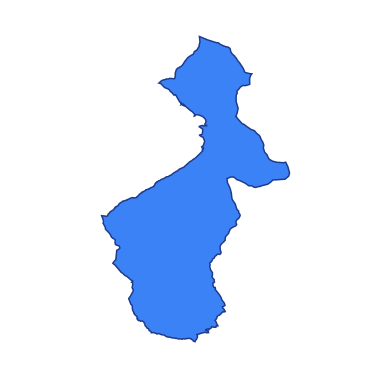 Moisei, Maramures, Romania (Mercator projection), rotated 241°
{"feature_id": "2599482B59377530755916", "entity_name": "Moisei", "entity_type": "district", "adm_level": 2, "iso_a3": "ROU", "parent_name": "Romania", "parent_adm1": "Maramures", "projection": "mercator", "projection_center": [24.564, 47.623], "detail": "fine", "context": "isolated", "style": "filled", "palette": "blue", "viewbox_px": 384, "rotation_deg": 241, "n_neighbors": 0, "source": "geoboundaries", "source_scale": "gbopen_adm2", "svg_char_len": 6007}
<svg xmlns="http://www.w3.org/2000/svg" viewBox="0 0 384 384"><g transform="rotate(241 192 192)"><path d="M266.4,301.6L267.2,300.3L269.9,297.3L271.5,296.1L273.5,296.6L276.3,296.7L282.1,296.2L284.3,295.7L288.4,295.5L289.4,295.1L290.2,295.2L293.2,294.1L295.6,293.9L299.0,294.8L300.2,294.4L301.6,293.5L301.9,292.8L304.2,290.7L307.4,288.3L309.7,287.4L311.0,285.5L317.8,279.1L324.4,273.9L319.4,271.7L316.8,269.3L315.7,268.8L315.5,267.9L313.8,265.1L313.7,262.5L313.5,261.8L312.5,260.9L311.8,259.2L312.0,257.8L311.7,254.3L311.4,253.1L309.8,249.2L307.7,245.4L307.1,242.9L307.3,242.0L307.0,240.9L307.3,239.3L306.6,238.0L306.6,237.6L304.1,235.0L301.5,233.6L299.6,231.8L299.9,231.0L302.2,227.6L302.3,226.1L303.4,224.0L303.3,223.0L303.9,221.3L304.1,219.9L303.9,217.9L303.3,216.6L303.3,215.9L301.7,217.4L296.7,218.6L293.9,220.9L292.5,221.7L290.6,221.8L287.9,222.8L285.6,223.1L285.0,224.2L285.0,224.8L277.0,224.9L275.6,225.4L274.9,225.1L274.6,225.3L275.2,225.7L274.5,225.9L273.7,224.8L273.6,226.1L273.4,226.7L273.0,226.8L272.9,226.0L272.5,226.5L272.4,227.2L271.3,227.7L271.0,227.7L271.2,226.9L270.0,227.9L264.9,229.8L261.8,231.3L258.6,232.0L257.3,230.8L257.2,231.7L257.7,232.5L257.1,234.0L256.3,235.0L253.1,237.8L249.5,239.0L248.6,239.0L246.8,238.4L245.9,237.6L245.4,236.4L244.7,235.9L243.8,236.1L243.2,237.1L242.8,236.9L243.7,235.6L243.7,234.7L245.0,233.6L245.7,231.5L245.8,230.2L245.6,229.9L242.4,231.6L241.5,231.7L238.8,230.0L237.6,228.7L237.5,228.1L238.0,227.1L238.1,226.2L237.9,226.1L236.1,226.9L234.8,228.1L232.1,228.0L230.3,227.6L229.7,227.2L227.0,224.2L227.1,223.6L226.7,222.8L226.8,222.4L226.5,222.4L226.3,222.9L225.8,222.4L225.6,223.0L225.0,223.4L224.3,222.9L224.3,222.2L223.5,221.7L223.8,221.6L223.7,221.3L222.6,220.7L220.0,211.3L220.0,209.2L219.5,206.7L219.6,205.0L217.9,197.5L217.5,196.7L217.7,196.3L218.1,192.5L218.0,191.1L217.4,189.6L217.8,188.3L217.5,187.6L217.6,185.7L216.9,181.8L217.3,180.2L216.9,179.3L217.1,178.1L217.5,177.5L217.7,176.1L217.5,174.9L217.5,173.3L217.9,171.2L217.6,169.1L218.0,168.0L217.8,167.5L217.9,166.2L217.3,165.7L217.7,165.0L217.4,164.7L217.2,163.9L216.3,162.9L215.9,161.7L215.3,161.2L215.5,160.5L215.4,159.4L215.8,158.3L215.5,156.0L215.9,155.4L215.7,154.7L216.3,152.8L215.9,152.0L216.0,149.3L215.7,148.5L216.1,148.1L216.2,147.7L215.6,147.0L215.7,145.8L215.4,145.4L215.5,144.7L214.7,143.4L214.8,142.7L214.4,141.2L214.0,141.0L214.8,138.6L215.9,137.4L216.0,136.6L216.2,136.3L216.5,135.0L216.4,133.5L216.7,132.1L216.4,131.2L216.9,130.4L216.9,129.2L217.3,127.6L217.6,127.2L217.2,125.5L217.3,124.4L217.1,123.8L217.2,122.9L215.9,120.7L216.0,119.4L215.7,118.3L216.1,117.8L215.7,117.0L215.3,117.0L214.7,114.6L214.4,114.2L214.5,112.3L214.1,110.1L213.5,109.5L213.5,108.6L213.3,108.0L212.3,106.9L212.0,105.8L215.1,101.5L210.4,100.8L208.6,100.0L207.8,99.1L204.0,99.1L202.3,98.8L201.6,98.3L196.0,99.7L194.5,99.9L191.6,99.7L189.9,100.3L188.0,101.6L186.8,101.3L185.2,100.2L183.3,99.6L182.4,100.0L180.3,102.0L178.3,101.9L177.8,101.6L177.5,100.3L177.5,98.3L177.3,97.8L169.8,92.6L168.6,89.1L167.9,88.2L165.3,89.3L156.2,91.1L154.6,92.0L151.9,92.7L149.3,94.3L144.8,95.9L142.8,97.0L142.4,95.5L142.1,95.8L140.7,95.8L139.7,95.2L137.3,93.2L134.9,93.2L133.5,92.2L133.0,91.1L130.5,87.3L129.6,85.1L129.2,84.9L123.3,84.1L122.6,84.5L121.4,84.6L118.7,83.2L117.0,82.7L114.6,82.8L114.1,82.7L114.1,82.4L111.7,82.7L110.9,83.2L107.9,83.3L107.8,83.1L108.1,82.7L107.8,82.4L105.6,82.8L105.1,83.8L104.0,84.2L103.7,85.3L103.3,85.9L102.0,86.8L99.1,86.7L97.8,86.2L96.0,86.7L94.8,86.7L93.4,87.7L91.5,87.4L90.0,88.4L88.6,88.1L88.2,89.1L87.1,91.0L84.7,92.6L84.8,93.3L84.5,93.6L84.1,94.6L82.0,96.1L80.6,98.1L77.6,99.7L75.5,102.5L73.6,104.4L73.3,105.2L72.1,106.6L71.7,106.9L71.6,107.4L69.8,109.2L68.8,111.3L68.0,112.0L67.9,113.3L66.8,114.6L66.8,115.2L65.3,118.9L64.2,119.7L64.0,120.1L63.4,120.1L61.9,121.0L60.9,120.9L59.6,122.1L60.4,122.9L60.9,124.4L62.4,126.4L63.7,127.1L65.0,127.2L64.9,127.7L64.5,128.1L64.3,130.5L64.0,131.0L63.9,132.5L63.3,133.9L63.0,135.4L61.8,136.5L61.0,138.3L62.5,138.8L64.5,136.9L64.9,137.4L64.5,138.4L64.8,138.5L64.5,140.1L63.4,140.1L63.8,141.0L63.6,141.8L63.6,142.3L64.7,144.1L63.7,144.8L62.4,146.7L62.3,148.0L62.9,148.0L63.0,148.8L62.5,149.8L64.2,149.7L67.2,150.1L68.4,149.9L68.9,150.9L69.3,152.0L71.0,153.8L71.3,155.0L71.0,156.2L71.4,158.2L71.8,158.8L71.7,159.2L72.2,160.1L72.3,161.0L72.2,161.5L71.7,161.5L71.3,163.1L73.6,163.2L75.8,162.7L76.9,162.9L76.7,164.4L76.8,165.9L79.2,166.4L82.9,165.8L85.8,166.3L89.2,166.1L95.5,165.1L96.5,165.8L97.3,166.0L98.0,164.9L100.2,165.1L102.2,166.1L102.0,166.8L102.4,168.1L103.3,168.2L104.5,168.9L107.5,168.3L109.2,169.0L109.5,169.7L111.7,170.8L114.9,170.5L118.3,171.4L119.4,172.5L121.1,173.0L121.5,173.7L121.6,175.3L123.3,177.6L123.5,178.5L123.4,179.2L124.7,181.2L124.7,182.4L125.2,183.8L124.8,185.1L123.9,186.1L124.5,187.7L125.4,188.3L127.4,188.6L129.8,189.6L130.8,190.2L132.1,191.9L133.6,197.5L136.0,199.0L136.9,200.3L138.0,203.7L140.9,207.2L141.2,208.3L141.4,210.8L141.2,213.8L141.9,215.3L144.1,215.7L145.2,216.4L146.0,218.0L146.2,220.0L147.9,222.6L149.0,223.0L151.5,222.9L152.7,223.5L154.4,223.0L156.2,223.0L160.5,224.0L165.3,223.6L167.1,223.8L171.8,225.8L175.8,226.9L180.1,227.4L182.4,227.4L186.8,229.1L186.5,230.5L186.5,232.7L185.0,235.5L183.7,236.4L181.2,237.1L178.7,239.4L175.1,242.0L172.8,243.4L170.2,244.5L169.5,245.3L168.3,247.6L166.6,248.2L165.2,249.8L164.5,252.8L163.7,254.6L163.8,255.2L163.5,256.8L162.1,261.9L162.5,265.9L163.0,267.6L163.4,268.2L158.1,279.6L159.0,284.2L161.2,286.5L167.6,288.1L172.6,288.4L173.3,286.1L176.9,280.6L179.9,277.4L183.0,275.5L185.2,275.3L188.0,275.7L191.6,274.8L196.1,275.8L198.0,277.4L198.8,277.7L201.6,278.1L203.9,277.9L207.6,278.4L209.4,278.1L210.8,277.4L212.9,276.8L215.4,276.3L218.2,273.9L223.4,271.3L225.5,270.5L227.7,268.9L235.0,267.3L236.5,267.4L236.8,267.0L239.2,269.8L242.8,272.9L249.6,274.4L254.6,277.2L255.3,277.7L256.3,279.3L258.5,280.2L259.4,283.2L260.4,285.3L260.5,288.4L259.7,289.2L258.8,291.4L258.2,294.7L263.3,297.4L265.3,299.5L266.4,301.6Z" fill="#3b82f6" stroke="#1e3a8a" stroke-width="1.5"/></g></svg>